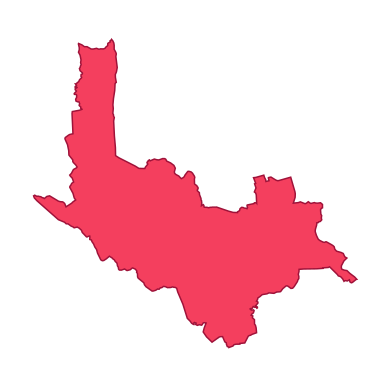 outline of Pleiku, Gia Lai, Vietnam, rotated 86°
{"feature_id": "81297802B26419635481013", "entity_name": "Pleiku", "entity_type": "district", "adm_level": 2, "iso_a3": "VNM", "parent_name": "Vietnam", "parent_adm1": "Gia Lai", "projection": "orthographic", "projection_center": [107.982, 13.96], "detail": "fine", "context": "isolated", "style": "filled", "palette": "rose", "viewbox_px": 384, "rotation_deg": 86, "n_neighbors": 0, "source": "geoboundaries", "source_scale": "gbopen_adm2", "svg_char_len": 5996}
<svg xmlns="http://www.w3.org/2000/svg" viewBox="0 0 384 384"><g transform="rotate(86 192 192)"><path d="M209.8,76.7L211.1,78.6L211.5,79.6L211.4,80.4L209.4,84.6L210.0,86.7L210.2,91.7L204.5,89.5L200.9,89.1L198.9,89.3L184.1,92.5L186.7,104.9L186.6,106.2L185.9,107.6L182.6,112.2L182.9,114.4L183.2,114.9L186.1,114.4L186.7,117.5L184.6,117.7L182.7,118.6L180.2,119.2L181.9,127.3L182.0,129.6L187.8,127.9L188.2,129.0L192.4,127.9L196.3,129.8L197.4,128.6L199.3,128.1L207.7,128.3L207.4,128.5L207.1,130.0L207.2,130.6L207.9,131.0L208.8,137.8L209.5,138.1L211.6,137.7L212.5,138.3L212.0,139.1L211.8,140.7L210.9,142.4L210.8,143.6L211.9,145.2L213.9,145.9L215.0,148.0L215.7,148.0L215.2,152.5L213.6,157.0L208.8,168.4L208.5,173.0L208.7,174.0L208.5,174.9L208.9,176.4L208.3,178.2L208.1,180.6L207.8,181.0L206.2,181.1L205.4,181.6L206.3,183.5L203.9,183.0L201.3,183.1L200.6,183.5L199.0,183.5L195.1,184.7L193.2,184.7L191.1,186.6L190.4,186.6L189.1,185.7L187.8,185.7L187.0,186.4L185.9,186.8L184.7,188.4L183.9,188.9L179.2,188.7L177.6,188.2L176.4,188.5L173.2,190.2L171.9,191.5L171.1,193.7L171.2,194.8L174.6,197.8L176.2,198.7L177.1,199.9L177.9,201.6L176.8,202.8L175.6,203.6L174.9,204.4L173.5,206.7L172.2,208.0L170.7,208.2L167.1,207.0L164.2,208.2L161.5,211.3L159.4,215.1L157.6,215.8L156.8,216.8L156.6,218.9L157.7,222.9L157.4,224.7L156.5,227.3L158.0,231.6L157.0,232.2L157.6,233.5L158.3,233.6L159.0,234.6L159.8,234.9L160.5,234.3L161.2,234.2L164.1,236.9L165.3,237.4L164.8,242.8L164.7,243.4L162.2,246.8L152.8,262.5L150.4,265.7L142.4,265.3L130.6,265.5L115.7,265.2L112.3,264.3L110.9,264.9L109.1,265.0L108.2,265.5L103.2,264.7L99.6,264.8L93.2,263.8L85.4,262.0L78.7,261.2L77.8,260.6L77.4,259.9L72.4,260.4L69.5,260.3L66.9,259.0L62.6,257.9L51.5,258.5L49.0,257.9L47.5,258.2L44.2,259.7L40.2,259.4L37.9,259.6L35.6,260.5L34.3,261.5L34.7,261.6L34.9,262.5L35.3,262.6L35.6,263.3L36.6,263.1L37.7,265.4L38.2,265.7L40.1,265.9L41.4,267.8L42.6,268.8L43.1,270.4L42.8,273.2L43.1,274.9L42.0,277.2L42.5,280.7L42.3,282.6L39.7,286.6L39.5,289.2L37.5,291.6L35.9,294.8L36.4,295.0L40.2,294.4L42.4,294.6L44.6,295.5L47.8,294.1L52.5,293.5L55.3,294.1L57.2,293.7L58.8,294.6L59.8,294.8L61.0,295.7L63.2,295.2L65.4,293.1L66.0,293.0L66.8,293.4L67.0,294.4L68.9,294.7L69.8,294.1L70.4,294.3L72.1,296.3L74.1,297.4L75.0,299.0L76.0,299.6L76.0,300.8L77.7,299.8L78.7,301.2L79.2,301.3L79.4,299.6L79.8,299.4L80.8,301.3L81.8,301.4L83.1,300.3L83.4,300.3L85.5,302.6L86.4,302.5L86.7,300.7L87.3,300.3L89.6,300.5L91.3,301.6L93.2,301.4L94.0,300.0L94.3,298.4L96.2,297.9L97.4,298.5L97.9,298.5L99.5,297.0L100.7,297.2L101.5,296.1L101.9,296.0L102.6,298.6L103.4,305.8L105.3,306.2L125.6,306.7L126.1,310.0L126.6,311.1L128.8,314.6L129.6,315.0L130.6,314.9L136.1,312.9L142.1,312.1L146.6,312.2L151.7,308.7L153.1,308.8L154.2,308.4L157.0,306.0L159.0,304.9L159.8,305.5L161.3,308.7L165.0,311.0L166.6,312.8L167.8,312.2L169.8,310.5L173.8,309.4L175.0,311.4L176.9,312.5L177.8,313.4L178.8,313.6L185.1,310.8L189.7,309.9L191.8,308.6L193.8,311.8L194.7,312.7L198.0,318.7L194.6,319.8L193.3,321.0L192.8,321.8L192.5,323.9L191.8,325.9L185.9,334.3L186.3,337.1L188.2,339.8L187.4,340.9L187.2,341.8L186.1,343.2L186.0,344.2L185.5,345.3L185.4,347.3L184.2,349.1L184.8,350.3L186.9,349.7L190.0,347.2L210.3,327.2L213.3,321.2L214.9,319.8L215.2,317.8L217.5,315.1L218.6,313.0L219.5,312.1L219.0,309.0L220.1,307.2L222.5,304.9L224.7,304.3L229.4,300.4L229.5,299.7L228.9,298.3L228.8,297.1L229.8,297.0L232.1,297.3L232.5,296.9L232.7,295.9L233.2,295.5L234.5,295.3L237.0,293.8L240.0,292.8L242.8,291.2L246.4,290.5L253.1,287.8L253.7,287.3L254.3,286.2L254.2,284.8L252.7,282.1L250.3,278.9L252.4,276.1L253.0,275.8L254.3,274.2L256.0,273.4L257.3,272.1L258.3,271.7L260.5,271.5L261.8,270.8L263.9,270.6L264.8,269.9L265.0,267.8L264.1,264.6L265.7,262.6L265.8,261.9L265.2,258.9L263.9,257.3L263.6,256.5L265.1,253.8L267.1,252.5L268.1,252.9L269.6,252.1L272.9,252.2L274.2,251.7L279.2,246.4L281.2,245.9L283.3,244.5L288.0,238.8L288.1,237.7L287.5,235.0L286.4,233.2L286.7,231.6L285.4,230.3L285.3,228.8L284.2,227.1L284.5,225.3L285.7,223.1L285.8,219.9L285.3,217.9L285.8,216.8L286.0,215.3L287.0,214.0L290.8,213.2L303.3,208.9L317.7,205.5L320.7,202.9L322.8,201.6L324.2,199.8L324.3,199.3L322.5,199.1L322.3,198.7L323.1,197.0L324.4,197.6L325.4,196.0L324.9,194.0L325.5,191.8L325.2,191.2L323.4,189.9L323.2,188.9L323.7,187.1L328.5,189.3L332.4,190.6L337.5,187.6L343.2,182.5L338.7,175.2L338.3,174.1L338.4,171.6L343.8,169.7L344.8,168.3L346.1,168.3L348.6,167.6L349.3,166.0L349.7,166.0L348.5,161.9L347.2,160.7L346.9,158.6L347.1,154.9L346.4,154.9L346.3,149.9L339.7,145.9L339.2,144.9L339.0,143.6L338.2,142.0L336.9,137.4L332.0,137.5L329.3,138.0L328.2,138.8L327.6,138.8L323.7,138.6L321.7,140.5L319.9,140.0L319.1,141.6L317.9,140.8L316.9,139.2L314.7,138.3L313.9,138.8L313.9,141.1L312.7,142.2L312.4,141.9L312.4,140.8L312.1,139.9L310.5,138.9L311.4,137.4L311.3,136.3L312.5,135.4L312.1,134.8L311.3,134.8L309.9,136.6L309.2,135.7L307.3,133.9L306.1,134.1L305.4,135.3L304.0,134.2L302.3,133.7L301.0,131.4L299.5,129.5L299.2,128.5L298.8,124.2L298.0,122.3L298.8,117.3L297.7,114.5L297.7,111.2L297.5,110.5L294.8,108.2L292.4,104.9L292.2,104.1L292.5,103.1L295.1,100.0L295.0,98.3L293.5,96.7L291.0,94.8L288.7,93.1L287.1,92.5L285.9,91.5L283.8,91.3L281.5,91.7L278.7,90.8L276.6,90.6L276.6,85.9L277.3,73.1L277.3,66.6L276.8,66.7L276.8,61.3L276.2,60.0L284.5,52.7L285.9,51.9L286.8,49.7L287.5,49.1L289.1,47.8L291.7,46.6L291.2,45.9L291.1,45.0L291.6,43.3L290.6,41.1L292.7,40.7L293.6,39.6L293.7,39.1L293.3,38.1L290.7,34.4L290.6,33.7L288.1,35.7L284.1,40.3L281.2,42.9L280.6,45.5L279.5,47.9L277.9,48.3L276.0,48.1L271.3,45.2L268.7,42.1L267.3,44.1L263.9,45.4L262.8,47.3L261.1,51.9L259.1,53.5L256.5,54.0L255.3,55.1L254.2,56.6L251.1,61.4L251.0,61.9L251.5,63.4L251.1,64.8L249.2,68.0L247.8,69.4L244.0,70.9L240.3,71.8L238.8,71.7L237.5,71.4L233.8,70.0L231.4,69.6L231.4,68.4L230.7,67.8L230.3,66.0L228.8,64.5L227.1,64.8L224.5,64.3L223.1,65.0L218.6,65.0L217.3,64.0L216.9,62.9L213.5,62.7L211.7,64.5L211.9,67.6L211.6,69.6L211.1,70.6L211.7,74.1L211.5,74.7L209.8,76.7Z" fill="#f43f5e" stroke="#9f1239" stroke-width="1.5"/></g></svg>